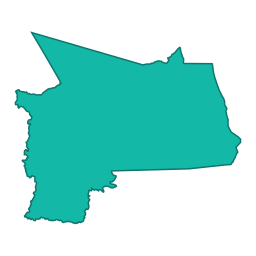 Novo Repartimento, Pará, Brazil
{"feature_id": "56859067B50073912473669", "entity_name": "Novo Repartimento", "entity_type": "district", "adm_level": 2, "iso_a3": "BRA", "parent_name": "Brazil", "parent_adm1": "Pará", "projection": "mercator", "projection_center": [-50.465, -4.525], "detail": "fine", "context": "isolated", "style": "filled", "palette": "teal", "viewbox_px": 256, "rotation_deg": 0, "n_neighbors": 0, "source": "geoboundaries", "source_scale": "gbopen_adm2", "svg_char_len": 5654}
<svg xmlns="http://www.w3.org/2000/svg" viewBox="0 0 256 256"><path d="M24.8,216.8L25.2,217.0L25.5,216.6L26.0,216.6L26.4,216.9L26.9,217.6L27.3,217.9L27.7,218.0L27.7,218.4L28.0,218.8L29.2,217.8L30.0,218.9L30.9,219.4L31.3,219.5L32.0,218.8L32.5,218.8L33.7,220.2L35.1,220.7L35.5,220.4L35.8,219.4L36.1,219.1L36.6,218.9L37.3,218.9L38.2,219.2L39.2,218.8L39.7,218.9L40.1,218.6L40.5,217.6L40.8,217.2L41.4,217.1L42.5,217.9L43.4,217.6L43.8,217.7L44.7,218.8L45.1,218.9L45.5,218.6L45.9,218.8L46.1,219.2L46.5,218.8L47.4,218.5L47.8,218.5L48.1,219.4L48.7,219.9L49.6,220.2L49.9,220.4L53.4,220.6L54.9,220.1L55.5,220.1L56.2,219.6L56.7,219.5L57.3,219.6L57.6,219.9L59.0,220.3L59.3,220.6L60.9,220.3L61.7,220.8L62.5,222.1L63.0,222.5L63.7,222.2L64.3,222.2L65.9,221.8L66.8,221.4L67.3,221.6L67.9,221.4L71.8,222.0L73.0,222.9L73.4,222.8L74.4,223.1L74.8,223.4L75.8,223.4L76.6,222.8L77.4,223.2L77.8,223.0L78.3,222.0L78.7,221.9L79.5,221.9L79.8,222.3L80.7,222.5L81.6,221.7L82.0,221.9L82.4,221.7L83.2,221.2L83.5,220.8L83.9,218.8L84.6,218.0L84.8,217.6L84.1,217.1L84.0,216.6L84.7,216.0L85.4,214.7L85.6,213.3L85.5,212.8L84.8,212.3L84.4,211.5L84.6,211.0L85.4,210.6L85.7,209.6L85.9,209.2L86.4,208.9L87.3,209.4L87.8,209.4L88.2,209.0L88.8,207.5L88.8,205.1L88.2,203.5L88.3,202.9L88.7,202.0L88.8,200.7L89.4,200.4L89.7,200.0L89.6,199.5L88.3,197.8L88.2,197.4L88.3,196.8L89.6,195.9L89.0,195.5L88.3,195.4L88.2,193.9L88.9,191.8L88.6,190.9L88.6,190.4L91.5,190.7L91.9,189.8L91.6,188.9L91.8,188.3L92.5,188.9L94.5,190.2L95.2,189.6L96.2,189.5L96.6,189.7L96.9,190.1L98.0,190.0L98.1,190.5L98.6,190.8L98.9,190.0L99.3,189.7L100.4,189.7L101.5,190.3L102.5,191.6L103.3,192.1L103.7,191.9L103.8,191.5L103.5,190.1L102.7,188.9L102.6,188.3L102.9,187.5L103.8,186.9L105.9,186.1L106.4,186.1L109.2,186.7L110.9,187.8L111.4,187.7L113.1,187.9L115.6,186.7L116.0,186.6L116.4,186.2L116.2,185.7L115.6,185.1L113.8,184.4L111.3,184.0L110.5,183.5L110.1,183.0L110.1,181.9L110.7,181.7L111.7,182.0L112.3,181.8L114.1,180.3L115.9,177.3L116.0,176.7L116.0,176.2L115.8,175.7L114.0,175.5L112.8,174.5L111.8,172.6L111.6,171.9L111.8,170.9L188.8,168.8L227.3,164.7L230.6,164.6L231.2,164.2L232.3,162.3L233.2,161.8L233.7,160.0L235.2,157.3L236.5,153.9L237.8,152.2L236.4,148.7L236.1,147.4L236.3,146.9L240.5,142.4L240.6,140.0L240.5,139.4L239.9,138.5L238.3,137.0L233.8,133.8L231.5,132.4L230.6,131.1L228.6,127.1L228.0,125.5L227.9,124.9L228.1,123.5L227.9,121.4L228.1,120.3L228.1,119.4L227.3,117.6L227.2,116.9L226.7,115.4L226.3,112.4L225.8,111.5L225.8,110.9L226.7,109.4L226.8,108.4L224.9,105.1L224.6,104.1L224.6,101.4L223.7,98.7L221.9,95.7L219.0,89.9L218.2,87.1L217.5,85.8L214.7,77.2L213.5,72.6L212.6,65.5L212.1,63.7L184.0,63.5L183.5,63.0L183.3,62.2L183.7,60.3L183.5,58.6L183.0,57.9L182.5,56.6L182.1,56.0L182.1,55.1L181.5,54.1L181.4,53.3L181.1,52.8L180.2,47.7L179.7,47.4L178.0,48.8L174.6,52.9L173.5,53.6L173.1,54.1L172.4,54.2L171.9,54.6L171.7,55.0L171.7,55.6L170.8,56.6L168.9,57.6L168.7,58.0L167.8,58.0L167.8,58.5L168.5,59.2L168.5,59.7L168.8,60.1L168.7,60.8L167.9,61.6L167.5,62.4L166.1,63.5L162.3,62.1L161.7,61.8L161.4,61.3L159.6,61.2L159.0,60.9L158.6,60.9L156.8,61.2L156.2,61.8L154.6,62.0L153.8,62.9L153.1,63.3L151.6,63.2L151.2,63.3L150.6,63.9L150.2,64.0L148.5,64.0L147.9,64.2L146.4,64.0L145.8,64.3L143.4,64.7L142.5,65.0L141.5,64.5L31.7,32.6L43.7,52.8L58.5,78.4L60.9,82.9L60.3,82.9L59.9,83.2L60.0,84.5L57.7,85.3L55.9,86.7L55.0,87.7L52.7,87.9L51.6,88.4L50.2,88.5L49.3,88.9L48.6,88.9L47.5,89.4L46.7,90.2L44.9,91.4L44.5,91.9L43.4,92.4L43.0,92.8L42.7,93.7L42.3,94.1L40.5,95.1L40.1,94.8L38.5,94.8L37.6,95.0L37.2,94.9L36.3,94.9L34.0,94.1L32.8,94.1L31.5,94.4L30.0,94.2L29.1,93.6L27.9,93.5L27.3,93.1L26.7,92.3L26.4,92.0L25.5,92.5L24.7,92.3L24.1,91.9L23.5,91.7L22.1,91.8L19.6,91.1L19.1,89.9L18.6,89.7L17.4,90.3L16.9,90.4L16.2,90.8L15.7,91.8L16.9,92.2L16.5,93.3L17.0,94.2L17.4,94.6L17.4,95.4L17.0,96.7L17.4,98.2L17.0,100.5L16.0,101.6L15.4,102.6L15.4,104.0L15.6,104.6L18.0,104.7L18.2,105.3L17.9,106.8L18.3,107.2L18.6,108.0L19.0,107.8L20.1,106.7L21.4,106.3L23.1,107.1L24.8,108.5L25.3,109.2L25.3,109.7L25.8,110.2L26.4,110.3L26.5,111.0L27.2,111.4L29.0,111.9L29.7,113.7L29.6,114.4L29.9,114.9L30.4,115.1L30.6,115.8L30.9,116.2L31.7,116.5L31.9,116.9L31.4,118.4L31.4,119.1L31.1,119.6L29.5,119.8L28.6,120.2L28.0,121.2L27.8,122.0L27.7,122.9L28.1,123.8L28.7,124.1L29.1,123.5L29.8,123.5L30.2,123.6L30.5,124.4L29.0,126.3L28.9,126.8L29.0,127.4L28.8,127.8L28.8,128.3L29.2,130.7L28.4,133.2L28.6,133.6L29.0,133.8L29.0,134.7L29.8,136.0L27.4,141.4L26.2,142.3L26.4,143.2L27.0,144.5L26.6,146.6L26.8,147.0L27.3,147.5L27.7,148.4L28.5,148.8L28.2,149.2L28.3,151.0L27.9,151.2L27.4,151.1L26.3,149.8L25.8,149.6L24.5,150.9L24.6,151.3L24.4,152.1L24.4,154.7L25.5,154.6L26.1,154.8L26.5,155.2L27.4,155.7L27.6,156.2L28.1,156.9L28.1,157.3L27.8,157.6L27.0,157.8L26.7,158.2L26.6,159.0L26.8,159.4L26.7,159.9L26.2,160.0L25.3,160.0L24.4,160.4L22.6,160.2L22.3,160.6L22.5,161.1L23.3,161.5L24.3,162.6L24.7,162.8L25.3,164.0L25.3,164.8L24.4,165.4L24.2,165.7L24.5,166.7L25.2,167.4L25.3,167.9L25.1,168.7L25.3,169.0L25.8,169.1L26.1,169.4L25.7,170.3L25.7,171.2L25.8,171.6L26.5,172.5L26.4,173.4L26.9,174.1L27.0,175.4L27.3,176.2L29.5,176.8L29.6,177.7L30.0,177.7L31.2,177.1L31.9,175.7L34.9,176.8L34.9,181.7L35.9,181.8L36.3,182.1L36.5,182.6L36.5,183.0L36.0,185.5L35.4,187.0L36.0,189.2L35.8,190.6L35.6,191.2L35.0,191.9L33.7,192.4L33.4,193.3L33.5,193.8L34.6,194.5L34.7,195.5L33.4,198.2L32.8,198.9L32.2,200.8L31.6,200.8L31.2,200.7L30.7,201.6L30.8,202.4L31.3,202.6L31.2,204.4L30.5,204.9L30.4,205.3L30.6,206.4L30.4,206.9L29.9,207.1L28.8,208.5L28.8,209.4L29.2,209.6L29.4,210.0L29.7,211.4L29.2,212.3L27.4,212.3L26.9,213.1L26.2,213.6L25.2,215.4L24.5,216.0L24.8,216.8Z" fill="#14b8a6" stroke="#0f766e" stroke-width="1.5"/></svg>